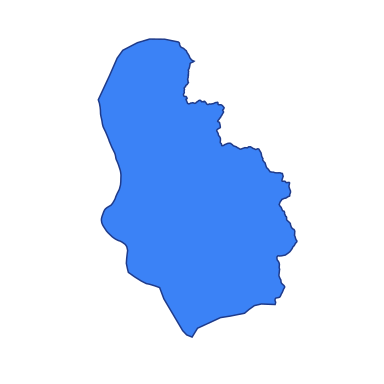 outline of Add, Houaphan, Laos, rotated 110°
{"feature_id": "54806243B77566454903685", "entity_name": "Add", "entity_type": "district", "adm_level": 2, "iso_a3": "LAO", "parent_name": "Laos", "parent_adm1": "Houaphan", "projection": "albers", "projection_center": [103.803, 20.731], "detail": "fine", "context": "isolated", "style": "filled", "palette": "blue", "viewbox_px": 384, "rotation_deg": 110, "n_neighbors": 0, "source": "geoboundaries", "source_scale": "gbopen_adm2", "svg_char_len": 5914}
<svg xmlns="http://www.w3.org/2000/svg" viewBox="0 0 384 384"><g transform="rotate(110 192 192)"><path d="M269.3,75.4L268.1,75.5L266.9,75.7L266.2,76.4L265.5,76.9L264.6,77.2L263.6,77.2L263.0,76.9L262.4,76.0L261.8,74.9L260.9,73.7L260.0,73.4L258.5,73.2L257.3,73.2L255.9,72.9L254.8,72.8L251.5,72.7L250.9,72.5L250.2,72.4L249.5,72.4L248.9,73.0L248.4,73.7L247.8,75.2L247.3,76.3L246.7,77.2L245.2,78.0L244.3,78.4L243.2,79.7L241.9,80.9L241.3,81.4L240.5,81.9L239.0,82.2L235.8,83.0L234.7,83.2L233.3,84.2L230.1,85.1L228.6,86.1L227.6,87.2L226.7,88.7L225.7,89.3L224.3,89.9L223.7,89.9L222.7,89.5L222.3,88.8L222.3,88.1L221.3,85.9L220.4,84.5L219.4,82.8L217.9,81.7L216.3,80.6L214.6,79.6L213.0,79.1L210.8,78.5L209.6,78.5L208.6,78.2L207.4,77.6L204.6,77.2L203.8,76.7L203.0,76.5L202.3,76.6L201.7,77.1L201.3,77.9L200.1,78.9L198.9,79.7L197.5,81.0L196.5,81.1L195.2,81.6L194.1,81.8L193.0,82.5L192.3,83.4L192.2,84.3L192.1,85.0L191.1,86.6L189.0,88.3L188.0,88.8L187.5,89.6L186.0,93.2L185.3,93.8L184.0,94.2L183.4,94.5L182.9,94.9L182.8,95.7L182.0,96.3L181.5,96.8L181.0,97.5L180.0,97.8L179.3,98.2L178.6,98.9L178.6,100.4L178.1,101.0L175.9,103.0L175.6,103.6L175.3,104.3L174.4,105.3L174.1,105.8L171.6,105.8L170.4,105.6L169.5,105.2L169.1,105.1L168.3,105.1L167.8,104.5L166.4,103.1L165.9,102.1L165.3,101.4L164.4,100.8L163.3,99.9L162.5,98.9L162.0,98.9L161.2,99.3L158.7,99.3L157.3,99.8L155.6,101.4L154.9,101.9L153.8,102.7L152.5,103.1L152.1,103.1L150.7,103.3L150.1,103.4L149.8,103.7L149.8,104.2L150.9,106.4L150.9,106.8L150.3,107.9L150.1,108.4L150.4,109.2L151.0,110.8L150.8,111.3L150.3,111.5L149.4,111.6L146.7,111.7L146.0,111.7L145.5,112.1L144.9,112.6L143.7,113.4L143.7,113.6L143.7,114.0L143.8,114.2L144.0,114.5L143.8,115.4L143.9,116.0L145.0,118.8L145.5,120.6L145.5,122.3L146.0,123.7L146.1,124.8L146.3,125.5L145.7,126.4L144.4,128.3L143.8,129.8L143.1,130.7L140.5,132.7L139.8,133.1L139.4,133.9L139.0,134.7L138.7,135.1L138.0,136.3L137.6,136.6L136.8,136.7L136.3,136.8L135.8,137.5L134.5,138.8L133.2,139.5L131.5,140.6L130.9,141.4L130.2,142.2L129.6,143.0L129.2,143.4L128.9,143.7L128.8,144.4L129.0,145.2L130.0,146.2L130.3,146.9L130.1,148.7L130.2,149.8L129.8,150.8L129.5,152.6L130.0,153.8L130.3,154.4L131.3,154.8L131.6,155.2L132.0,156.6L132.2,157.4L133.0,158.4L133.8,159.4L134.9,160.6L135.2,161.4L135.2,162.2L134.9,163.0L134.8,164.6L134.4,165.7L134.4,169.0L133.9,170.0L133.6,170.6L133.6,171.3L133.1,172.1L133.1,172.7L133.6,174.1L134.2,175.2L135.2,176.2L136.2,177.4L137.5,178.3L138.2,179.5L138.2,179.9L137.5,180.3L136.5,181.1L136.3,181.6L136.1,182.2L135.6,182.5L133.5,183.0L131.8,183.7L130.7,184.8L129.7,186.5L129.0,186.9L128.1,187.4L127.6,187.9L126.3,189.5L125.9,189.8L125.6,189.8L124.8,189.7L123.6,189.0L122.6,188.1L122.2,187.7L121.9,187.5L121.4,187.5L119.4,188.6L119.0,188.8L118.5,189.1L118.1,189.6L117.3,189.9L117.1,190.5L117.0,191.8L116.9,192.0L116.2,192.1L115.0,191.7L114.0,191.3L113.2,191.3L112.8,191.0L112.4,190.7L111.3,190.7L110.8,190.6L110.0,190.3L108.3,190.1L106.5,189.7L106.1,189.7L105.6,190.0L104.7,191.2L104.1,191.1L103.1,190.6L101.9,190.6L101.5,191.1L100.5,192.8L100.2,193.7L100.1,194.7L100.8,196.4L100.9,196.9L100.8,197.4L99.2,198.2L99.0,198.5L99.0,198.9L99.6,199.7L100.0,200.6L101.6,202.1L102.3,203.4L102.9,204.2L103.3,205.8L104.0,206.4L104.4,207.1L104.4,207.7L104.1,208.6L103.3,209.4L103.0,210.2L102.6,210.7L102.5,211.1L102.5,211.5L102.7,211.8L102.8,211.9L103.1,212.1L103.3,212.0L103.5,213.0L103.9,213.8L103.8,214.0L103.7,214.3L103.2,214.8L103.1,215.1L103.0,215.5L103.1,215.8L103.3,216.4L104.0,217.1L105.1,217.6L105.4,218.0L106.0,218.4L106.7,218.7L107.2,219.0L107.5,219.3L107.7,219.6L107.8,220.1L107.8,220.7L107.8,221.8L108.4,222.6L108.6,223.1L108.8,223.5L109.0,223.8L109.7,224.3L110.2,225.0L110.3,225.2L110.3,225.7L110.2,226.5L109.7,226.9L107.1,229.3L106.9,229.4L106.0,228.6L105.7,228.6L104.9,229.3L104.3,230.3L104.6,231.1L104.8,232.0L104.7,232.2L104.6,232.4L104.4,232.6L104.2,232.9L103.2,233.4L102.9,233.5L102.3,233.4L101.6,233.2L101.3,233.2L100.8,233.4L99.8,234.0L98.3,234.1L98.1,234.2L97.1,234.9L96.8,234.9L96.3,234.8L95.9,234.6L95.3,234.1L95.0,234.1L94.1,234.3L93.5,233.9L93.1,233.8L92.8,233.5L92.7,233.3L91.4,233.1L90.6,232.8L90.4,232.8L90.3,233.2L90.0,233.4L89.4,233.5L89.2,233.6L89.0,233.8L88.8,234.0L88.6,234.1L88.2,234.1L87.8,234.6L87.5,234.7L87.2,234.8L86.6,234.8L85.9,234.7L85.6,234.9L84.4,235.2L83.8,235.2L83.6,235.3L83.4,235.7L83.2,235.7L82.8,235.6L82.5,235.6L82.0,235.8L80.8,236.3L79.8,236.4L79.6,236.5L79.1,237.0L78.8,237.1L78.6,237.2L78.1,237.2L77.1,236.9L76.1,237.1L75.4,237.0L74.3,237.3L73.1,237.4L72.2,237.7L71.8,237.7L71.4,237.5L71.0,237.2L69.2,235.3L68.4,234.8L68.4,235.3L68.1,237.3L68.0,237.9L67.5,238.4L66.8,239.6L66.4,240.2L65.9,240.5L64.9,241.4L63.5,243.1L62.8,244.2L61.2,245.7L60.9,246.8L60.3,248.1L59.9,249.2L59.8,251.0L59.5,252.2L59.0,252.9L57.6,254.2L56.7,254.5L56.1,255.1L55.7,256.2L57.8,270.0L62.8,284.2L70.4,294.4L82.5,305.5L91.8,308.1L110.9,309.3L137.4,311.6L140.2,309.4L143.8,307.3L146.3,306.1L150.0,304.6L152.1,303.4L155.5,301.2L158.8,299.4L161.0,297.9L163.1,295.8L165.0,293.8L167.9,291.1L171.1,288.2L172.3,287.3L177.3,282.7L181.8,278.0L183.2,276.9L184.6,276.0L186.1,275.2L187.4,274.3L189.1,272.6L191.1,270.8L192.6,269.6L196.2,266.8L197.5,266.0L199.4,265.0L200.5,264.5L206.5,262.5L209.8,261.6L214.3,261.2L219.4,261.8L222.6,262.0L224.4,261.9L226.2,262.1L229.5,262.7L231.0,263.2L232.1,263.6L234.4,265.5L235.8,266.6L237.5,267.6L238.9,268.0L240.7,268.2L245.6,268.2L247.8,268.0L249.3,267.6L251.7,266.3L253.5,264.7L254.7,263.3L257.9,259.0L259.1,256.8L261.4,251.6L262.2,248.9L262.5,247.3L262.8,244.6L262.7,242.6L263.1,240.2L264.0,237.0L264.8,235.7L265.8,234.5L268.9,232.5L272.9,231.6L277.0,230.6L281.5,229.3L286.2,226.4L289.3,224.3L291.4,216.7L293.0,209.2L293.7,203.6L293.2,200.4L292.9,194.8L292.9,189.7L302.0,181.9L325.5,153.3L328.1,148.1L328.3,142.3L323.9,141.4L318.1,140.2L300.3,122.3L295.5,113.6L287.9,101.1L282.8,98.2L277.4,94.5L273.5,88.5L269.3,75.4Z" fill="#3b82f6" stroke="#1e3a8a" stroke-width="1.5"/></g></svg>